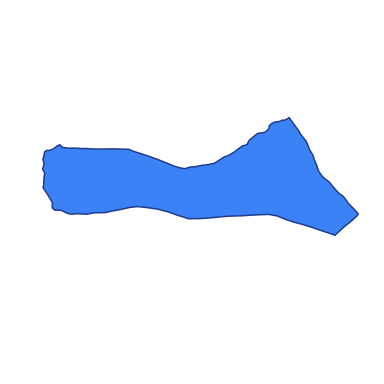 the district of Storuman, Västerbotten, Sweden, rotated 144°
{"feature_id": "70781695B25837784643259", "entity_name": "Storuman", "entity_type": "district", "adm_level": 2, "iso_a3": "SWE", "parent_name": "Sweden", "parent_adm1": "Västerbotten", "projection": "mercator", "projection_center": [16.034, 65.448], "detail": "fine", "context": "isolated", "style": "filled", "palette": "blue", "viewbox_px": 384, "rotation_deg": 144, "n_neighbors": 0, "source": "geoboundaries", "source_scale": "gbopen_adm2", "svg_char_len": 1886}
<svg xmlns="http://www.w3.org/2000/svg" viewBox="0 0 384 384"><g transform="rotate(144 192 192)"><path d="M102.0,72.9L94.5,73.8L88.7,74.5L84.0,74.6L78.3,75.0L72.4,75.7L70.5,76.4L70.7,80.5L71.1,83.9L71.5,86.3L72.3,91.8L72.0,94.8L72.2,99.4L73.9,104.7L74.8,112.1L75.1,119.4L76.0,122.3L77.2,126.5L77.4,129.8L77.3,134.1L76.5,137.7L75.7,139.2L74.9,142.6L74.3,145.6L73.5,147.8L72.4,151.7L72.0,157.8L71.0,160.6L70.3,163.5L69.8,166.1L70.2,174.7L69.7,178.2L69.7,195.1L72.6,195.2L75.5,195.9L77.1,197.3L78.7,197.3L80.7,198.1L83.7,199.9L87.3,200.6L90.6,200.1L92.1,198.5L94.4,197.5L97.7,197.5L100.8,198.8L102.9,200.1L104.2,200.7L108.0,200.7L111.7,200.4L115.1,200.2L117.4,199.2L119.4,198.1L122.0,198.7L123.9,199.7L134.7,199.5L140.9,200.1L145.2,201.4L152.3,201.8L157.8,202.3L161.3,204.0L165.1,205.8L168.2,207.7L174.6,210.6L178.7,213.2L184.1,215.1L187.4,218.5L191.7,224.1L195.0,229.6L199.8,237.2L205.5,245.7L211.1,253.5L215.2,259.0L218.0,263.7L221.6,266.4L225.2,269.2L230.4,273.2L236.8,277.7L242.2,281.6L247.9,285.8L252.0,289.4L256.4,292.4L258.6,294.6L262.9,297.7L266.2,300.1L270.2,303.9L271.0,305.0L270.7,307.0L271.6,308.1L274.2,308.4L280.0,308.6L283.1,309.5L285.1,311.1L285.6,311.1L287.6,311.1L290.3,308.5L293.3,306.1L295.2,301.7L297.2,300.0L299.5,298.3L299.9,294.1L303.6,290.3L305.8,287.5L308.1,284.5L309.9,283.4L310.1,280.4L310.3,275.0L310.9,268.4L311.3,265.1L313.3,263.1L314.3,261.2L313.7,258.0L312.1,256.8L308.6,254.1L306.7,250.3L304.5,246.8L302.3,244.7L298.5,242.6L290.2,235.9L283.3,232.6L274.5,226.4L268.3,223.8L262.6,221.0L257.7,218.8L251.2,216.0L244.6,212.2L237.2,205.5L229.9,198.4L223.5,190.6L220.4,186.1L217.3,181.5L213.7,176.8L210.6,172.5L200.9,165.6L193.3,160.9L177.0,151.2L165.7,143.5L156.1,137.4L149.7,133.2L143.0,128.7L137.0,122.4L133.6,116.7L127.9,108.4L122.5,101.9L114.9,91.8L110.1,84.7L106.3,79.5L102.9,74.8L102.0,72.9Z" fill="#3b82f6" stroke="#1e3a8a" stroke-width="1.5"/></g></svg>